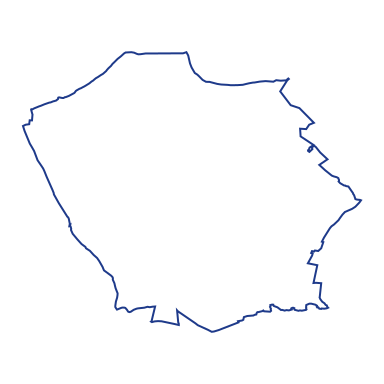 CUT, Alba, Romania (Natural Earth projection)
{"feature_id": "2599482B25854824104910", "entity_name": "CUT", "entity_type": "district", "adm_level": 2, "iso_a3": "ROU", "parent_name": "Romania", "parent_adm1": "Alba", "projection": "natural_earth1", "projection_center": [23.668, 45.952], "detail": "fine", "context": "isolated", "style": "outline", "palette": "blue", "viewbox_px": 384, "rotation_deg": 0, "n_neighbors": 0, "source": "geoboundaries", "source_scale": "gbopen_adm2", "svg_char_len": 4028}
<svg xmlns="http://www.w3.org/2000/svg" viewBox="0 0 384 384"><path d="M321.2,283.2L315.9,282.8L313.5,283.0L317.3,265.2L307.9,263.3L312.1,255.6L312.7,253.5L311.2,253.0L312.0,251.1L314.1,251.5L314.9,250.5L318.2,251.0L321.2,248.3L323.3,242.1L321.9,241.7L324.0,237.6L329.9,228.2L331.5,226.3L334.0,224.5L338.5,220.2L339.7,218.4L342.4,214.7L344.9,212.0L352.2,208.8L355.4,206.7L359.3,202.6L361.0,200.3L360.0,199.9L357.0,199.6L355.4,199.1L354.1,195.2L353.2,194.0L353.1,193.3L348.4,186.5L346.0,186.1L345.4,185.6L344.1,185.5L340.2,183.2L338.6,181.5L339.0,180.9L338.9,179.5L338.6,179.1L338.3,178.1L336.7,177.2L334.1,176.5L333.5,176.3L331.8,175.6L325.2,170.3L319.3,164.9L327.5,159.3L320.2,152.5L315.9,147.1L313.9,145.6L311.9,147.7L312.4,149.1L309.4,151.9L308.2,151.1L308.0,150.3L308.8,149.8L309.6,147.6L313.6,145.0L300.6,136.4L300.1,128.7L306.2,129.1L309.2,124.7L313.9,122.8L299.4,108.1L290.7,105.2L280.2,91.4L287.2,80.4L288.8,79.0L288.3,78.5L287.3,79.3L286.5,80.3L280.7,80.7L276.2,80.2L273.4,81.7L265.6,81.1L259.8,81.6L254.6,82.5L252.9,82.6L249.0,83.3L246.0,84.0L242.8,84.8L237.9,85.1L233.6,85.2L230.6,85.2L228.0,84.9L224.5,84.7L221.1,84.5L217.2,83.9L209.6,81.9L206.0,81.8L202.6,79.9L199.0,76.2L197.3,74.6L194.8,73.0L191.6,67.5L190.0,63.4L188.2,55.5L186.4,52.2L183.1,53.3L145.4,53.5L140.5,54.2L138.3,54.3L136.7,53.8L134.2,52.7L131.4,52.2L125.6,52.5L124.1,53.4L120.8,56.4L117.6,58.9L114.0,62.5L112.5,63.9L111.0,65.9L108.4,68.3L106.9,70.0L106.1,71.1L102.9,73.9L100.8,75.1L98.0,77.0L95.9,78.2L94.2,79.6L93.1,80.6L91.9,81.3L90.6,82.3L89.7,83.1L88.5,83.9L87.0,84.8L85.9,85.5L84.2,86.5L82.6,87.3L81.0,88.2L79.4,88.8L77.5,89.9L76.6,90.4L75.8,91.0L74.6,92.7L74.1,93.1L70.0,95.3L68.9,95.9L65.8,97.1L65.1,97.1L64.0,97.7L63.5,98.0L63.2,98.0L62.4,98.0L60.7,97.7L59.5,97.4L58.4,97.5L58.2,97.7L58.0,99.0L57.9,99.2L56.7,100.0L56.5,100.3L56.0,100.6L55.2,100.8L54.4,101.1L53.7,101.2L52.8,101.5L52.1,101.8L51.1,102.2L50.7,102.4L49.3,102.6L44.4,104.3L40.8,105.8L39.0,106.4L37.3,107.1L34.3,108.3L32.3,109.4L31.3,109.2L31.2,109.3L31.1,109.7L32.2,113.6L32.3,114.0L32.5,114.5L32.0,120.4L29.7,120.3L29.2,124.2L25.7,124.7L23.0,126.0L24.6,131.0L29.8,143.6L32.0,147.3L34.1,151.0L37.6,160.3L41.3,165.7L43.2,168.6L44.4,171.2L46.6,176.7L52.5,190.0L53.7,193.0L53.9,194.4L58.9,203.3L67.4,216.8L68.2,217.4L68.8,218.8L69.8,223.8L69.5,225.4L70.3,224.8L70.1,226.5L70.7,226.8L71.2,228.8L71.0,230.0L72.7,233.8L77.3,239.3L81.6,244.1L85.4,246.9L86.0,248.3L89.9,250.8L93.7,255.0L96.1,257.1L97.1,258.0L99.3,261.2L102.6,267.0L103.4,269.0L104.0,270.4L111.2,275.7L112.5,277.1L112.9,278.1L112.8,279.7L114.4,283.2L115.0,285.9L115.6,288.2L116.6,290.8L117.6,293.3L117.5,295.1L117.1,297.7L115.9,301.6L115.3,305.9L115.3,307.0L116.0,308.2L117.0,309.6L120.9,308.0L122.2,307.6L124.2,307.6L125.3,307.9L126.9,309.7L128.1,311.6L129.3,312.1L130.7,311.8L133.7,309.8L136.5,308.7L137.8,308.4L140.4,308.1L144.3,307.7L147.5,306.8L149.8,307.2L152.5,306.7L155.1,306.5L151.7,320.6L151.8,321.1L151.1,321.6L151.9,322.1L154.6,321.4L158.0,321.1L161.6,321.3L174.0,323.9L178.8,325.0L178.8,323.8L178.2,322.2L177.1,310.4L177.9,311.3L195.4,323.3L197.8,325.2L208.1,329.9L211.7,331.8L214.0,331.5L218.6,330.1L238.5,322.4L238.0,321.2L242.0,320.5L243.3,319.8L243.9,317.1L247.3,316.0L253.4,315.5L254.7,314.8L256.3,314.5L256.6,313.2L257.4,312.1L258.4,312.1L262.4,311.1L263.3,310.5L264.0,311.3L270.1,311.7L271.1,310.8L270.7,309.3L270.9,308.7L270.0,306.9L270.5,306.2L270.3,305.1L271.6,304.7L272.4,304.6L273.3,304.7L273.4,305.5L273.9,306.0L277.4,307.3L281.0,310.0L282.2,309.9L284.7,310.6L286.4,310.1L288.9,310.4L291.8,309.5L291.3,308.4L292.3,307.8L293.5,307.8L294.3,308.2L294.1,308.8L294.7,309.8L298.5,310.8L299.9,310.4L301.8,310.7L306.0,309.9L306.5,309.4L306.0,307.9L306.3,307.2L306.1,306.3L306.3,305.0L309.3,303.7L311.4,303.7L315.4,304.7L317.0,305.7L316.7,306.7L317.3,307.5L318.3,307.3L319.3,308.7L321.3,308.9L321.6,308.5L324.3,308.7L326.8,308.3L328.1,307.7L327.3,306.9L326.8,305.4L325.6,304.9L324.5,303.3L322.3,301.8L320.4,299.3L319.6,297.5L319.8,296.4L321.2,283.2Z" fill="none" stroke="#1e3a8a" stroke-width="2"/></svg>